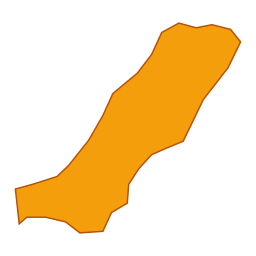 the district of Lagoudera, Nicosia, Cyprus
{"feature_id": "46923920B28083184578057", "entity_name": "Lagoudera", "entity_type": "district", "adm_level": 2, "iso_a3": "CYP", "parent_name": "Cyprus", "parent_adm1": "Nicosia", "projection": "equal_earth", "projection_center": [33.023, 34.973], "detail": "fine", "context": "isolated", "style": "filled", "palette": "amber", "viewbox_px": 256, "rotation_deg": 0, "n_neighbors": 0, "source": "geoboundaries", "source_scale": "gbopen_adm2", "svg_char_len": 482}
<svg xmlns="http://www.w3.org/2000/svg" viewBox="0 0 256 256"><path d="M230.6,29.4L211.9,24.7L196.2,27.8L178.9,23.1L161.7,32.5L151.7,54.4L137.3,73.2L112.9,93.5L102.9,115.5L88.5,140.5L68.5,165.6L57.0,176.5L32.6,184.3L15.4,189.0L19.2,223.8L26.8,217.2L45.5,217.2L65.6,221.9L79.9,232.9L102.9,231.3L111.5,212.5L127.3,203.1L128.7,184.3L138.8,168.7L151.7,154.6L166.0,148.3L183.2,141.2L203.3,99.6L228.0,67.8L240.6,41.9L230.6,29.4Z" fill="#f59e0b" stroke="#b45309" stroke-width="1.5"/></svg>